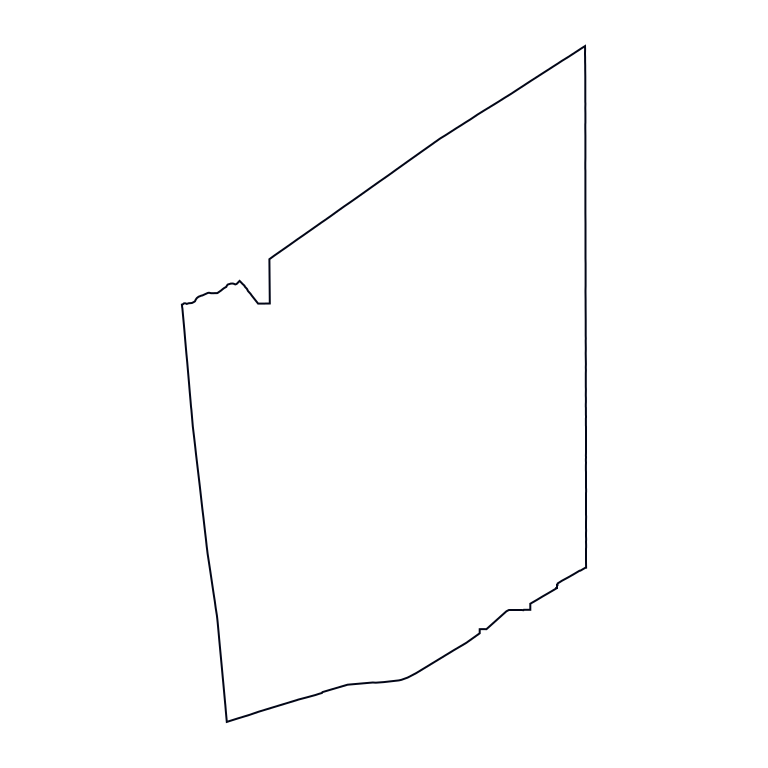 the district of Khlong Luang, Pathum Thani, Thailand
{"feature_id": "78962969B47132537574289", "entity_name": "Khlong Luang", "entity_type": "district", "adm_level": 2, "iso_a3": "THA", "parent_name": "Thailand", "parent_adm1": "Pathum Thani", "projection": "equal_earth", "projection_center": [100.696, 14.103], "detail": "fine", "context": "isolated", "style": "outline", "palette": "ink", "viewbox_px": 768, "rotation_deg": 0, "n_neighbors": 0, "source": "geoboundaries", "source_scale": "gbopen_adm2", "svg_char_len": 5790}
<svg xmlns="http://www.w3.org/2000/svg" viewBox="0 0 768 768"><path d="M181.9,304.6L182.1,306.8L182.4,308.5L182.9,314.1L183.8,323.8L184.4,330.4L185.1,338.9L186.4,353.8L187.2,362.0L187.8,369.0L189.0,382.9L189.7,391.4L190.5,400.5L191.0,406.6L191.4,409.9L192.5,422.8L192.8,426.4L193.2,429.7L194.2,438.0L195.2,446.7L196.0,454.1L197.0,462.5L199.8,486.1L202.3,508.4L203.4,517.3L205.1,532.3L205.9,539.0L206.7,546.4L207.2,550.3L207.6,553.7L209.0,562.7L210.3,571.3L211.5,579.4L212.5,586.2L213.7,594.2L214.8,601.3L215.7,608.0L216.9,615.5L217.3,618.9L217.7,622.8L218.6,632.5L219.2,639.2L220.1,648.9L221.4,662.7L222.0,669.1L222.7,676.8L223.3,683.1L225.2,703.9L225.3,704.7L225.8,710.8L226.8,721.9L237.9,718.4L249.1,715.0L258.7,711.7L271.2,707.9L297.8,699.8L297.9,699.7L306.7,697.4L315.5,695.0L319.1,693.8L321.9,693.0L322.0,692.9L322.3,692.3L322.4,692.2L322.5,692.1L331.6,689.4L347.6,684.7L372.8,682.5L375.7,682.7L383.8,682.1L398.9,680.4L401.5,679.8L407.6,677.6L416.2,673.1L453.8,650.2L466.2,642.9L479.7,633.3L479.7,629.2L481.7,629.1L483.9,629.1L486.4,629.2L505.5,612.1L506.4,611.3L508.7,610.1L509.0,610.0L516.0,610.0L521.8,610.0L523.3,610.2L523.5,610.2L523.7,609.9L523.8,609.8L524.4,609.8L528.5,609.8L530.3,609.8L530.3,609.7L530.3,606.3L530.3,603.7L536.9,599.9L542.5,596.5L547.9,593.4L556.2,588.5L556.2,588.0L557.0,588.0L557.0,585.0L557.5,585.0L557.6,583.5L557.7,583.4L559.8,582.1L560.9,581.4L562.0,580.7L564.6,579.3L568.3,577.3L574.4,573.8L579.6,570.7L580.3,570.7L585.3,567.8L586.1,567.7L586.0,561.9L586.0,560.3L586.0,557.8L586.0,555.9L586.0,554.4L586.0,552.4L586.0,551.8L586.0,550.0L586.0,548.6L586.1,547.6L586.1,545.0L586.0,541.6L586.1,540.2L586.1,538.6L586.0,536.2L586.0,534.9L586.0,532.8L586.1,530.6L586.0,527.8L586.0,526.2L586.0,525.1L586.0,522.9L586.0,521.9L586.1,517.3L586.1,516.2L586.0,514.8L586.0,514.0L586.0,512.6L586.0,511.3L586.0,509.7L586.0,507.9L586.0,506.2L586.0,503.9L586.0,501.3L586.0,500.1L586.0,498.6L586.0,496.4L586.0,493.5L586.0,492.8L586.1,492.0L586.1,491.0L586.1,489.2L586.0,487.8L586.0,482.6L586.0,480.9L586.0,479.3L586.0,476.9L586.0,475.6L586.0,474.1L586.0,472.7L586.0,472.1L585.9,470.1L585.9,469.4L585.9,467.9L585.9,467.0L585.9,465.8L585.9,465.4L586.0,462.7L586.0,462.3L585.9,461.1L585.9,459.1L585.9,458.7L586.0,458.1L586.0,457.6L586.0,457.3L586.0,456.6L585.9,456.1L586.0,452.8L586.0,450.2L586.0,448.0L586.0,445.1L586.0,443.7L586.0,440.9L586.0,437.2L586.0,436.0L586.0,434.6L586.0,433.8L586.0,430.2L586.0,427.9L586.0,426.6L585.9,425.5L585.9,424.3L585.9,422.0L585.9,419.1L585.9,418.4L586.0,417.5L586.0,416.8L586.0,416.1L585.9,415.0L585.9,414.3L585.9,411.2L585.9,409.5L585.9,408.2L585.9,407.7L585.8,406.8L585.8,406.4L585.8,404.1L585.9,402.1L585.9,400.2L585.9,398.0L585.8,395.7L585.8,394.4L585.9,389.4L585.8,386.7L585.8,382.0L585.8,378.8L585.8,375.2L585.8,373.4L585.9,370.3L585.8,367.3L585.9,364.2L585.7,353.1L585.8,349.6L585.8,347.8L585.7,341.6L585.7,340.5L585.8,338.6L585.7,335.7L585.7,332.4L585.7,329.4L585.7,327.2L585.7,326.3L585.7,323.4L585.7,319.6L585.6,305.8L585.6,304.0L585.6,300.3L585.5,292.2L585.5,290.4L585.6,285.8L585.6,278.3L585.6,274.7L585.6,269.7L585.6,263.8L585.5,258.4L585.5,242.5L585.5,236.3L585.5,228.7L585.5,223.4L585.4,213.1L585.4,209.9L585.4,205.6L585.4,203.9L585.4,193.1L585.4,191.4L585.4,185.6L585.4,185.2L585.4,182.4L585.4,181.4L585.4,176.4L585.4,174.4L585.4,170.9L585.3,168.4L585.3,164.6L585.3,162.7L585.4,158.1L585.4,151.0L585.4,149.7L585.4,146.2L585.4,145.5L585.4,141.7L585.4,140.3L585.4,135.7L585.3,128.5L585.3,125.4L585.3,124.3L585.4,122.7L585.4,118.5L585.4,113.2L585.3,108.0L585.4,103.7L585.3,101.9L585.3,100.1L585.3,99.3L585.3,95.6L585.3,89.9L585.3,83.9L585.3,82.1L585.3,76.4L585.2,70.1L585.2,65.5L585.1,61.8L585.1,59.4L585.1,57.4L585.0,53.7L585.1,49.1L585.0,46.1L580.9,48.7L568.2,57.0L562.0,60.8L557.3,63.9L552.9,66.7L547.5,70.2L542.5,73.4L530.5,81.1L517.2,89.8L510.8,94.0L504.3,98.0L497.7,102.2L484.1,110.5L477.5,114.6L470.4,119.4L465.4,122.5L461.7,124.9L456.7,128.0L451.6,131.3L445.4,135.3L441.1,137.9L440.0,138.6L438.7,139.5L436.5,141.1L434.7,142.3L433.1,143.5L428.7,146.6L421.9,151.4L407.8,161.4L401.8,165.7L397.0,169.1L388.3,175.4L379.5,181.5L370.9,187.6L357.7,197.0L351.6,201.3L344.3,206.3L337.7,211.0L331.1,215.8L324.7,220.3L321.3,222.6L308.1,231.9L303.0,235.5L297.6,239.2L292.3,243.0L286.8,246.9L280.6,251.2L274.3,255.6L269.4,259.2L269.8,303.5L262.7,303.6L258.1,303.6L251.7,295.5L250.6,293.9L249.8,293.0L248.7,291.8L248.5,291.6L248.1,291.1L247.8,290.7L247.2,289.3L247.0,289.1L246.9,288.8L246.7,288.6L246.4,288.3L245.0,286.8L244.7,286.4L244.6,286.2L244.5,285.9L244.5,285.7L244.4,285.6L242.6,284.0L241.3,282.6L239.6,280.9L239.3,281.2L237.0,283.6L236.9,283.7L236.7,283.8L236.5,284.0L235.4,284.4L235.2,284.4L234.3,284.0L233.8,283.8L233.6,283.7L233.0,283.6L232.3,283.5L231.1,283.6L230.7,283.6L230.2,283.8L228.2,284.4L227.7,284.6L227.4,285.0L227.0,285.5L226.8,285.8L226.6,286.2L226.4,286.5L226.3,286.8L226.1,286.9L226.1,287.0L225.9,287.1L224.8,287.7L224.1,288.1L222.5,289.3L221.1,290.5L218.2,292.5L217.7,292.9L217.5,293.0L217.3,293.0L217.1,293.1L215.7,293.1L213.5,293.2L211.6,293.2L211.0,293.2L210.8,293.1L210.6,293.1L209.3,292.8L209.0,292.8L208.6,292.8L208.1,292.9L207.7,293.0L206.4,293.6L204.4,294.5L202.7,295.3L202.2,295.5L201.8,295.5L201.5,295.6L201.1,295.7L201.0,295.8L200.6,295.9L200.2,296.1L199.8,296.3L199.5,296.4L199.3,296.4L199.2,296.5L198.3,296.9L198.0,297.2L196.8,298.1L196.7,298.3L196.4,298.7L196.1,299.1L195.9,299.4L195.6,299.9L195.5,300.2L195.2,300.8L195.1,301.1L194.9,301.3L194.7,301.5L193.7,302.1L192.9,302.5L191.9,303.0L191.6,303.0L191.0,303.1L189.2,303.2L188.5,303.3L188.2,303.4L187.1,303.8L186.8,303.9L186.7,303.8L186.4,303.7L186.1,303.6L185.9,303.5L185.6,303.4L184.8,303.3L184.5,303.3L184.4,303.3L184.0,303.4L183.7,303.5L183.1,304.1L182.9,304.3L182.6,304.4L181.9,304.6Z" fill="none" stroke="#020617" stroke-width="2"/></svg>